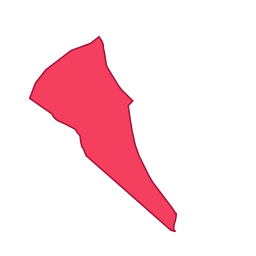 Dennery By Pass/Green Mountain, Dennery, Saint Lucia, rotated 218°
{"feature_id": "8701671B40736207737623", "entity_name": "Dennery By Pass/Green Mountain", "entity_type": "district", "adm_level": 2, "iso_a3": "LCA", "parent_name": "Saint Lucia", "parent_adm1": "Dennery", "projection": "robinson", "projection_center": [-60.898, 13.911], "detail": "fine", "context": "isolated", "style": "filled", "palette": "rose", "viewbox_px": 256, "rotation_deg": 218, "n_neighbors": 0, "source": "geoboundaries", "source_scale": "gbopen_adm2", "svg_char_len": 867}
<svg xmlns="http://www.w3.org/2000/svg" viewBox="0 0 256 256"><g transform="rotate(218 128 128)"><path d="M223.7,90.8L196.1,92.3L194.8,91.4L193.1,90.9L190.0,90.4L186.3,90.9L181.6,92.1L169.9,94.4L167.6,94.2L166.0,93.4L161.2,92.4L159.7,91.1L158.2,89.4L155.3,86.8L153.2,85.1L150.3,84.1L143.9,80.4L31.4,73.8L27.4,75.4L27.4,75.7L28.9,75.9L30.5,77.4L32.2,80.4L34.2,85.3L35.5,87.6L37.2,90.2L38.9,90.4L40.4,91.0L43.7,92.1L59.5,96.3L74.9,100.4L82.8,103.5L93.8,108.8L102.4,113.0L111.7,118.9L122.8,128.1L131.4,136.0L141.6,145.8L140.9,152.3L146.9,153.0L154.4,153.9L157.3,154.4L161.0,155.3L172.1,159.4L181.7,163.1L183.3,163.9L184.7,165.1L191.9,171.9L196.7,176.0L199.2,178.7L202.0,180.4L204.8,181.2L207.0,182.2L207.1,181.7L207.2,181.3L208.7,175.3L209.7,171.5L220.6,154.0L228.6,123.1L228.6,106.6L226.6,99.9L223.7,90.8Z" fill="#f43f5e" stroke="#9f1239" stroke-width="1.5"/></g></svg>